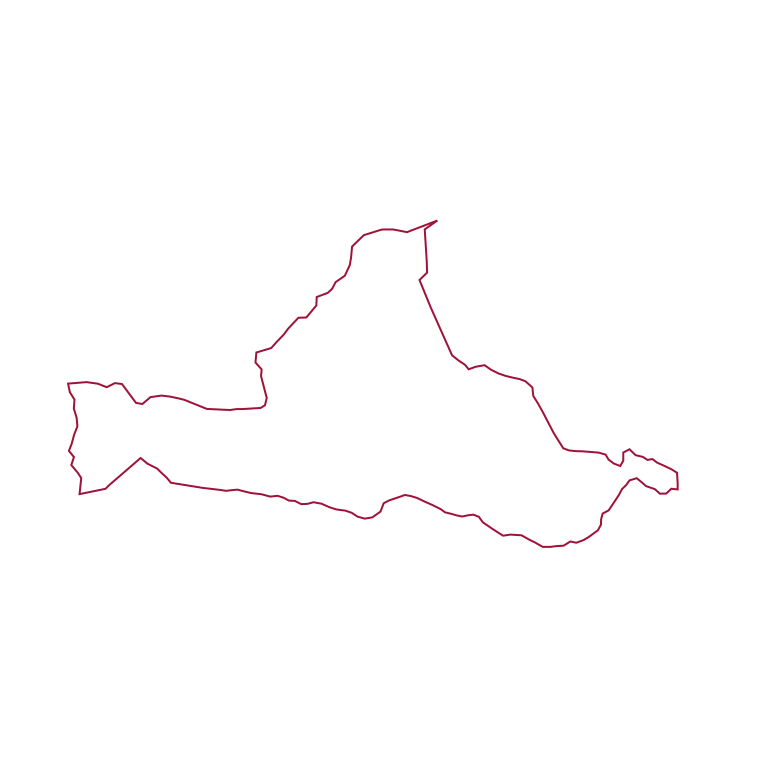 Imaculada, Paraíba, Brazil, rotated 192°
{"feature_id": "56859067B53075607206308", "entity_name": "Imaculada", "entity_type": "district", "adm_level": 2, "iso_a3": "BRA", "parent_name": "Brazil", "parent_adm1": "Paraíba", "projection": "albers", "projection_center": [-37.575, -7.393], "detail": "fine", "context": "isolated", "style": "outline", "palette": "rose", "viewbox_px": 768, "rotation_deg": 192, "n_neighbors": 0, "source": "geoboundaries", "source_scale": "gbopen_adm2", "svg_char_len": 2437}
<svg xmlns="http://www.w3.org/2000/svg" viewBox="0 0 768 768"><g transform="rotate(192 384 384)"><path d="M365.8,555.0L393.1,537.3L401.6,537.2L407.4,537.0L418.1,534.7L434.7,525.4L443.8,511.8L442.5,500.9L442.2,493.1L444.8,481.8L452.5,473.6L454.5,466.4L458.0,461.4L467.9,455.1L466.5,446.8L473.8,432.9L481.5,431.0L489.2,418.3L492.5,411.2L497.7,402.9L501.8,395.7L515.4,388.3L514.2,378.3L506.7,372.8L505.9,366.1L495.8,346.0L496.0,338.5L499.7,334.9L517.5,330.0L522.7,328.9L529.4,326.5L552.1,322.8L576.0,327.0L582.3,327.2L590.5,327.2L599.3,326.4L609.7,322.6L616.2,314.2L622.7,314.0L640.3,329.5L647.4,328.9L654.6,323.2L663.9,324.8L675.3,324.0L693.1,318.7L689.6,310.7L683.5,304.4L682.3,295.5L677.6,287.0L675.1,278.8L676.5,270.5L677.1,260.2L678.3,253.1L672.1,248.1L673.0,239.7L665.3,233.7L660.6,229.1L658.9,213.0L634.6,223.6L631.6,228.2L606.7,261.0L598.8,256.9L588.3,254.1L582.7,250.5L577.1,247.2L571.9,243.1L539.6,244.7L522.6,246.3L516.1,246.7L510.6,248.6L505.4,250.2L499.0,249.9L491.5,249.7L480.8,250.7L471.9,250.2L464.9,252.5L458.6,251.9L452.8,250.2L446.9,251.1L440.0,249.3L434.0,250.8L428.4,253.7L420.2,253.9L411.6,252.1L404.4,251.4L395.4,252.1L388.7,251.3L382.5,248.8L374.9,248.3L367.7,251.1L360.9,258.5L359.5,267.3L354.8,271.2L345.0,277.0L340.5,279.8L334.6,280.0L327.9,279.4L320.6,277.6L311.1,275.6L302.6,273.4L297.7,271.2L292.1,271.0L285.6,270.6L280.1,270.6L274.4,273.1L269.4,274.8L263.6,273.8L258.5,269.2L249.2,265.4L242.3,262.7L236.0,260.4L228.9,263.0L218.0,264.6L209.8,262.0L203.3,260.4L195.0,257.7L187.0,259.4L181.6,261.3L174.7,263.2L169.0,268.7L162.9,268.7L156.4,272.8L152.3,276.5L144.4,285.3L142.5,291.6L143.5,296.7L143.2,302.7L138.0,307.1L135.0,314.5L131.2,324.2L129.3,330.8L126.1,335.5L123.8,340.8L117.2,344.4L111.2,341.3L106.5,338.6L97.3,337.5L91.3,334.1L85.2,335.5L81.2,341.3L74.9,341.9L75.9,347.1L78.9,358.1L85.2,360.4L93.2,362.3L100.6,363.9L105.8,366.4L110.5,364.5L115.6,366.5L123.1,366.7L130.3,371.2L135.7,366.7L134.0,358.7L135.9,352.9L142.7,354.0L148.7,356.8L152.5,361.0L159.8,361.5L169.3,360.3L176.6,359.3L182.4,358.2L189.2,357.5L195.3,358.4L202.6,365.9L207.7,371.2L211.5,375.8L216.8,382.2L220.8,387.1L224.1,391.0L229.2,396.8L235.5,403.4L238.1,411.4L246.2,416.1L252.2,417.0L260.1,417.0L266.7,417.2L274.1,418.1L282.3,420.2L289.5,423.3L298.0,419.9L304.2,416.0L308.9,419.7L316.0,422.5L323.4,426.2L354.0,468.3L370.9,493.1L365.0,501.9L367.7,512.9L376.3,543.7L365.8,555.0Z" fill="none" stroke="#9f1239" stroke-width="2"/></g></svg>